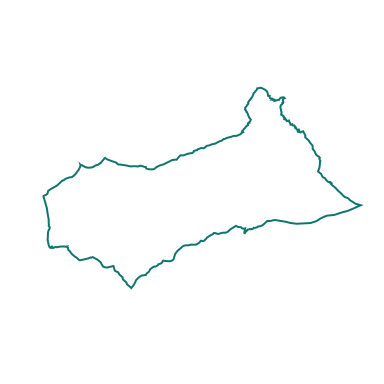 outline of Kota Batu, Jawa Timur, Indonesia, rotated 249°
{"feature_id": "22746128B69457994360094", "entity_name": "Kota Batu", "entity_type": "district", "adm_level": 2, "iso_a3": "IDN", "parent_name": "Indonesia", "parent_adm1": "Jawa Timur", "projection": "natural_earth1", "projection_center": [112.536, -7.834], "detail": "fine", "context": "isolated", "style": "outline", "palette": "teal", "viewbox_px": 384, "rotation_deg": 249, "n_neighbors": 0, "source": "geoboundaries", "source_scale": "gbopen_adm2", "svg_char_len": 6040}
<svg xmlns="http://www.w3.org/2000/svg" viewBox="0 0 384 384"><g transform="rotate(249 192 192)"><path d="M240.9,51.6L237.9,51.5L228.8,50.7L224.7,49.7L217.5,48.3L215.0,47.3L212.9,46.8L211.9,46.1L210.6,46.3L210.0,46.6L208.7,45.8L207.4,44.2L205.5,42.9L201.2,41.1L199.2,40.1L193.9,39.2L192.0,39.2L190.9,39.5L190.4,40.2L191.3,41.3L191.3,41.7L191.2,41.9L189.7,41.8L189.5,42.1L189.5,42.8L189.6,44.9L188.9,45.9L188.2,49.6L187.0,53.0L186.2,54.4L185.9,55.8L185.7,55.5L185.4,55.6L184.3,56.2L182.3,55.8L180.5,56.7L178.7,57.1L177.2,57.6L173.6,59.5L172.5,60.5L170.2,61.6L168.6,62.6L168.4,63.0L167.5,68.6L167.2,71.0L167.2,73.8L167.1,74.2L166.8,74.5L166.8,75.9L166.1,76.6L162.8,79.4L159.6,81.3L158.9,81.5L155.8,82.0L154.1,82.4L153.8,82.7L152.8,83.9L152.0,85.4L151.7,86.6L151.7,88.0L151.4,89.3L151.2,91.8L150.8,92.2L150.1,92.0L146.4,91.8L145.5,92.2L143.8,94.1L142.4,94.5L141.2,94.5L137.3,96.6L135.7,96.2L134.7,96.4L131.3,98.3L129.0,98.3L125.1,100.5L124.1,100.8L126.0,104.2L128.0,106.6L129.6,108.0L130.9,110.7L131.7,113.0L132.0,114.7L131.9,116.0L131.5,117.1L131.3,118.6L131.1,119.2L132.1,120.3L133.0,123.2L134.9,125.3L135.8,128.5L136.0,129.7L135.5,130.9L135.5,132.1L135.9,134.0L136.6,134.7L136.4,136.2L136.6,138.2L137.1,139.2L137.8,139.5L138.2,140.2L138.2,140.7L137.6,141.5L135.6,145.7L135.2,146.9L135.2,149.3L135.8,150.7L139.6,153.6L140.5,154.5L142.2,157.3L144.7,164.3L144.7,165.6L144.4,167.3L143.7,168.9L143.1,172.6L141.7,176.0L141.4,177.7L142.2,180.9L143.3,182.6L143.3,182.9L142.6,183.8L142.2,184.7L142.2,186.1L142.8,187.1L143.2,188.4L144.3,190.1L144.3,191.0L144.9,193.6L145.2,196.4L145.9,197.7L145.3,199.0L144.0,200.5L143.4,201.7L143.0,206.0L141.9,209.0L142.1,211.0L142.7,212.9L143.4,214.4L144.6,220.8L144.6,221.1L143.5,221.8L142.7,222.8L142.4,223.5L141.4,225.3L141.0,225.5L140.2,225.6L139.8,226.0L139.1,227.4L139.0,228.5L135.1,226.2L134.6,226.6L136.2,228.7L136.2,229.6L136.7,229.8L137.0,230.4L136.7,231.7L136.8,232.6L136.1,233.5L136.0,234.1L136.1,234.4L135.7,235.0L136.1,236.4L136.5,236.8L136.1,237.5L135.8,238.7L135.8,240.2L136.0,241.3L135.7,243.1L135.6,245.0L136.0,247.0L138.0,251.9L136.9,254.6L136.5,257.5L136.1,259.5L132.3,265.9L130.3,269.4L129.1,270.9L127.4,273.5L124.9,278.2L120.6,291.4L120.2,296.8L120.4,298.7L121.2,302.2L121.6,306.7L121.5,309.7L119.6,316.6L119.1,326.6L118.8,328.0L118.6,330.0L118.6,332.8L119.2,344.8L122.6,340.3L126.0,337.9L127.6,336.6L129.9,335.7L131.0,334.8L132.2,333.1L134.5,331.8L136.7,331.0L141.3,328.6L144.7,327.3L147.4,325.7L149.0,324.9L150.2,324.5L150.3,325.4L151.8,324.6L152.0,324.3L152.1,323.5L152.3,323.1L153.1,322.5L155.0,321.6L156.8,321.2L157.8,320.7L158.5,319.8L159.5,319.3L162.8,319.0L164.4,317.9L165.2,317.6L165.9,317.0L166.6,317.5L168.9,319.6L172.2,321.4L173.2,321.7L173.7,322.3L174.5,322.3L175.3,323.0L176.0,322.8L177.5,322.8L178.1,323.6L179.4,323.3L180.4,322.3L181.1,322.0L181.7,321.5L183.8,321.1L185.9,321.1L188.8,320.1L192.1,321.2L195.9,319.8L198.3,319.4L202.5,317.3L204.2,318.1L208.9,317.5L208.9,315.7L208.7,314.7L209.8,313.5L210.0,312.7L210.4,312.6L210.4,313.2L210.7,313.4L211.1,313.3L211.1,314.1L212.1,314.1L212.3,313.0L212.6,312.2L213.8,312.0L215.0,312.0L215.0,311.3L216.8,311.6L217.2,311.2L217.7,311.1L218.1,309.9L219.3,309.9L219.5,308.1L221.9,308.3L222.5,307.9L224.0,308.1L224.2,306.0L225.7,305.8L225.9,305.4L226.6,305.3L226.8,304.3L227.1,304.2L227.3,304.4L227.7,304.4L227.9,305.1L228.2,305.2L229.3,304.4L229.8,304.7L230.2,304.3L230.9,304.2L231.5,303.8L232.0,303.0L232.9,303.2L233.9,304.1L236.5,304.4L237.0,304.8L237.9,304.6L239.0,304.7L240.3,305.5L240.9,305.7L241.3,306.2L241.5,307.2L241.8,307.7L242.0,307.9L242.2,308.4L242.4,308.4L242.8,308.2L242.9,308.3L242.7,309.1L243.0,309.4L243.4,309.6L244.9,309.6L246.0,310.4L246.4,311.1L246.4,311.9L246.9,311.6L247.2,311.8L247.6,311.4L248.2,309.1L248.0,308.0L247.3,306.9L246.8,306.4L247.0,305.8L247.5,301.6L248.6,302.1L249.1,300.5L249.4,300.6L249.7,299.7L250.0,300.4L250.3,300.5L250.8,299.5L251.8,298.4L252.8,298.5L253.5,298.7L253.9,299.0L254.2,298.7L254.4,297.6L255.0,297.6L257.2,298.1L258.7,298.1L259.7,297.8L261.3,296.8L263.0,295.4L264.3,294.0L264.9,292.9L265.1,290.7L265.4,290.1L264.2,289.1L263.5,287.5L262.6,286.2L262.4,285.4L261.9,284.7L260.9,284.1L260.6,283.5L260.1,283.2L259.2,282.4L258.6,281.3L258.2,280.9L258.3,280.6L257.5,279.8L257.4,279.2L257.0,278.9L256.7,278.1L255.5,276.5L254.7,276.5L254.2,276.2L253.5,274.7L252.4,273.5L251.8,272.0L250.4,271.5L250.0,271.0L248.6,271.7L247.4,271.4L246.8,272.0L241.4,272.0L239.6,272.5L238.9,272.5L238.4,272.8L237.2,271.6L236.8,270.6L236.0,270.4L236.2,269.3L236.2,268.9L235.6,268.5L234.8,268.6L234.5,268.5L233.9,266.2L232.5,263.9L232.0,262.7L231.2,261.6L230.9,260.7L230.7,260.5L229.9,261.1L229.5,261.2L229.4,259.5L229.1,259.3L228.9,258.9L228.6,257.6L228.4,253.9L228.7,253.2L228.8,252.5L229.2,251.8L229.4,251.1L229.5,248.3L230.0,244.0L229.8,241.7L230.1,240.6L229.3,238.3L229.4,235.8L229.1,232.5L228.8,231.5L229.3,227.8L229.5,227.1L229.3,225.0L229.4,224.2L229.8,222.4L229.3,220.8L228.9,220.0L228.7,219.3L228.9,217.9L229.4,217.1L229.8,216.2L229.7,214.9L229.9,212.5L229.2,211.8L229.6,209.8L229.6,208.3L228.8,207.7L228.5,207.0L228.3,206.0L228.8,204.3L228.9,202.7L229.3,201.7L229.2,197.3L230.2,195.0L230.2,193.9L229.4,192.1L227.7,189.3L228.4,187.4L228.9,185.0L228.0,175.5L228.3,171.3L228.1,169.1L227.8,167.2L227.1,165.2L227.1,163.8L228.3,160.6L229.6,158.6L230.5,157.7L231.9,157.8L232.4,156.7L234.4,154.4L234.7,153.5L235.1,153.1L235.2,150.7L236.5,148.1L237.4,145.5L237.8,144.0L239.8,141.0L243.1,135.4L244.0,133.2L245.0,132.5L246.6,131.8L250.7,126.9L252.9,124.5L254.9,123.0L254.9,122.6L252.0,117.5L252.0,117.0L251.7,116.8L251.4,115.8L251.5,115.1L251.2,114.6L251.1,114.0L251.3,112.8L251.3,110.6L250.8,109.1L250.8,107.5L251.4,105.2L252.0,103.6L253.3,101.4L255.4,99.8L255.5,99.5L255.9,99.4L256.5,98.8L256.6,98.2L257.5,97.7L257.2,97.7L255.2,96.3L253.1,93.8L250.5,89.7L249.4,87.0L248.9,85.0L249.4,83.6L249.6,81.8L249.6,78.8L248.9,75.9L249.1,75.5L249.0,74.7L246.7,69.1L246.3,67.9L245.4,61.5L244.6,58.1L242.8,56.9L242.1,56.1L241.7,54.8L241.5,52.1L241.3,51.8L240.9,51.6Z" fill="none" stroke="#0f766e" stroke-width="2"/></g></svg>